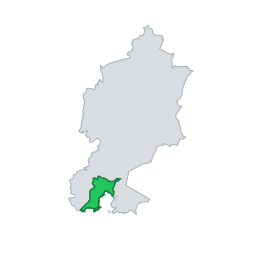 where Atyrau sits in Kazakhstan, rotated 304°
{"feature_id": "KAZ-3198", "entity_name": "Atyrau", "entity_type": "Region", "adm_level": 1, "iso_a3": "KAZ", "parent_name": "Kazakhstan", "parent_adm1": "", "projection": "albers", "projection_center": [51.054, 47.461], "detail": "fine", "context": "in_parent", "style": "filled", "palette": "green", "viewbox_px": 256, "rotation_deg": 304, "n_neighbors": 0, "source": "natural_earth", "source_scale": "10m", "svg_char_len": 7601}
<svg xmlns="http://www.w3.org/2000/svg" viewBox="0 0 256 256"><g transform="rotate(304 128 128)"><path d="M162.7,165.6L161.6,166.5L161.1,167.6L160.1,167.5L158.9,169.8L154.4,174.0L152.2,178.7L152.6,180.5L151.7,180.7L149.3,179.8L149.3,178.1L148.1,177.1L141.3,178.7L139.0,173.0L136.3,173.5L135.4,166.1L133.9,167.3L131.7,164.4L127.9,162.0L125.7,163.7L119.0,164.2L112.6,166.2L107.5,161.8L106.4,160.2L92.5,153.0L79.3,158.3L81.1,185.7L78.0,186.0L74.5,181.2L70.3,178.7L64.4,180.2L61.3,183.1L61.1,180.7L61.9,178.2L61.8,175.7L57.9,175.0L56.4,172.8L54.6,172.7L54.6,170.4L53.3,168.4L52.1,165.1L49.4,164.1L49.0,163.1L49.2,162.2L49.8,161.9L52.2,161.9L53.9,162.8L55.9,162.6L54.6,161.9L53.0,159.7L55.2,156.4L60.5,156.0L64.6,156.4L62.3,154.7L64.1,150.0L63.6,147.9L64.1,146.4L63.6,145.1L62.8,144.3L60.6,144.1L58.8,145.4L56.1,143.9L53.9,143.3L50.0,145.0L47.3,147.1L44.5,147.6L44.5,148.4L44.2,148.2L43.7,148.6L43.9,149.0L40.7,147.2L40.2,146.5L40.3,145.9L42.1,146.2L42.5,145.7L38.7,138.5L35.3,137.7L34.4,138.1L33.4,136.5L33.4,134.4L31.5,132.9L31.3,131.7L31.8,130.0L33.6,127.5L32.6,125.8L32.7,124.8L33.7,122.3L35.0,121.2L35.4,119.2L36.3,118.3L37.3,118.5L40.2,122.5L40.6,122.7L42.2,122.0L42.6,121.4L41.7,116.9L42.6,117.0L45.1,115.2L45.9,113.5L47.5,113.2L49.8,111.8L52.1,108.7L53.8,109.4L54.6,110.6L55.9,110.6L58.7,108.9L60.4,110.5L63.9,110.4L67.8,113.6L69.2,115.5L69.5,116.9L69.9,117.3L70.4,116.3L69.8,114.2L70.2,113.7L73.7,116.1L75.3,116.7L77.0,115.6L77.4,114.6L78.9,113.2L79.5,113.4L81.3,112.6L83.5,113.8L84.4,113.4L85.2,112.1L87.7,112.1L90.4,114.6L93.1,114.9L93.6,115.8L94.9,115.0L95.8,112.8L97.7,113.9L100.1,113.5L102.0,112.0L102.6,109.1L102.4,108.5L101.3,107.7L97.0,106.7L96.5,105.8L94.7,104.8L96.4,103.2L97.5,102.9L98.8,101.3L97.5,98.9L98.4,96.6L102.6,96.2L103.0,95.7L102.6,95.0L100.9,94.3L98.8,94.2L98.6,93.8L98.8,93.0L100.1,92.2L99.7,91.8L98.8,92.2L97.5,91.8L98.2,88.7L101.4,88.9L111.9,83.9L113.9,83.5L114.7,83.8L115.1,82.4L116.0,81.4L119.1,80.4L126.9,76.5L127.1,75.8L126.8,75.1L128.1,74.5L129.6,72.7L131.9,72.4L135.1,73.1L137.2,71.5L138.2,72.6L140.4,76.1L140.7,77.8L140.4,78.6L140.7,78.9L141.8,79.0L144.6,77.9L145.1,76.9L146.4,78.1L147.0,79.3L147.5,78.7L147.2,78.1L147.4,77.7L148.7,77.5L150.3,78.2L152.2,77.0L152.3,77.9L151.2,79.9L151.3,80.7L152.1,81.6L153.7,79.8L155.3,79.7L156.1,80.1L156.2,78.9L157.4,77.1L158.9,76.1L159.4,75.3L159.4,74.4L164.4,70.0L164.3,72.3L163.3,72.6L163.9,73.4L171.6,76.7L183.1,86.5L187.3,90.7L188.7,88.7L188.2,87.0L189.1,85.8L191.1,85.8L191.5,87.4L192.9,86.9L193.9,88.3L198.4,86.5L199.1,84.8L201.4,83.0L204.6,83.4L207.9,86.3L211.3,86.2L211.9,87.3L213.8,88.7L218.4,87.5L219.6,84.6L220.1,85.0L220.1,86.1L221.1,86.2L222.6,87.1L223.9,87.1L224.7,87.8L222.6,89.2L222.6,90.1L223.4,91.7L223.2,93.2L220.1,95.9L220.6,99.6L223.3,103.8L223.1,105.4L222.0,106.2L220.6,108.5L219.6,107.8L216.6,109.2L211.4,109.8L212.7,122.2L212.9,122.7L214.6,122.7L215.0,123.6L215.0,125.0L213.5,124.9L212.1,125.9L210.4,125.1L203.3,130.7L202.7,131.9L203.6,132.3L204.8,131.7L206.2,131.9L206.0,133.3L207.3,136.5L210.3,139.6L211.0,141.3L212.1,142.1L212.0,142.6L211.3,142.7L210.4,143.7L210.5,144.2L211.6,144.6L210.3,146.2L210.3,147.1L211.9,149.6L211.8,150.0L209.7,149.0L206.9,149.5L204.6,148.1L193.0,150.7L187.2,153.0L186.4,154.2L184.9,154.5L181.7,154.4L178.0,153.5L176.7,154.3L175.1,156.3L175.2,159.4L176.0,160.6L168.8,160.0L165.9,160.3L163.4,161.6L162.2,165.0L162.7,165.6ZM48.7,160.1L48.2,160.3L47.7,159.5L47.8,158.7L48.3,158.4L47.9,159.4L48.7,160.1ZM61.8,155.9L61.4,155.8L61.2,155.5L61.7,155.1L61.8,155.9Z" fill="#d9dde1" stroke="#a8b0b8" stroke-width="1"/><path d="M34.7,138.6L33.8,137.9L33.6,137.7L33.5,137.4L33.7,137.2L33.6,136.8L33.2,136.3L33.2,136.2L33.3,136.2L33.7,135.9L33.9,135.8L34.0,135.6L33.9,135.5L33.6,135.5L33.5,135.4L33.6,135.2L33.6,134.8L33.5,134.7L33.4,134.6L33.5,134.5L33.6,134.3L42.5,136.0L45.1,137.0L45.3,136.4L47.6,136.3L51.6,133.5L52.0,133.4L52.3,133.2L52.5,133.0L52.8,133.0L53.2,132.4L53.8,131.9L54.3,131.9L54.8,131.7L56.7,131.9L57.1,132.0L57.0,132.8L57.8,133.1L58.2,133.2L58.7,133.2L58.8,133.0L60.6,133.5L60.9,133.4L60.9,133.0L61.0,132.2L61.8,131.0L61.7,130.1L62.4,129.1L62.7,129.2L64.4,129.2L65.0,129.0L65.1,128.9L65.1,128.7L66.1,127.6L66.4,127.9L67.0,128.1L67.1,128.3L67.3,128.5L67.6,127.9L68.0,128.8L68.2,129.6L68.2,130.4L68.3,130.7L68.2,131.0L70.0,131.3L70.2,130.7L70.4,130.3L70.6,130.2L70.9,130.2L71.1,130.5L71.3,130.6L71.8,130.6L72.0,131.5L72.0,131.9L71.9,132.0L71.8,133.0L72.1,133.8L72.3,134.7L72.4,135.5L72.9,136.0L73.4,137.9L73.5,138.8L73.3,141.4L73.3,142.5L73.8,143.1L74.3,144.2L75.0,145.1L76.1,146.0L80.2,147.3L80.3,148.1L80.8,148.7L80.9,149.0L81.1,149.5L81.4,150.0L80.8,149.8L80.5,149.8L80.1,149.7L79.6,149.7L79.3,149.5L79.1,149.2L78.6,149.3L78.0,149.1L77.9,148.4L77.5,148.0L77.1,148.2L76.1,147.4L74.9,148.4L73.2,148.6L69.1,149.6L69.0,149.8L68.7,149.8L68.3,149.9L67.5,151.1L67.0,151.6L67.4,151.9L66.2,152.7L63.6,153.4L62.7,153.2L62.8,153.1L63.0,153.1L63.2,152.8L63.3,152.6L63.3,152.3L63.4,152.2L63.6,152.0L63.6,151.9L63.7,151.6L63.8,151.4L63.8,151.2L63.9,150.8L64.0,150.7L64.0,150.1L64.2,149.4L64.1,148.9L64.0,148.5L63.7,148.2L63.8,148.1L63.7,148.0L63.7,147.9L63.7,147.6L63.5,147.8L63.4,147.9L63.3,147.7L63.5,147.2L63.5,147.3L63.8,147.2L63.8,146.9L63.9,147.0L63.9,146.9L64.0,146.7L64.3,146.6L64.3,146.2L64.2,146.1L63.9,146.0L63.8,145.9L63.8,145.6L63.7,145.1L63.6,144.9L63.5,144.7L63.3,144.8L63.2,144.8L63.1,144.7L62.9,144.4L62.6,144.3L62.1,144.4L61.8,144.4L61.2,144.4L60.8,144.1L60.4,144.0L60.3,144.4L60.3,144.5L60.0,144.8L59.9,144.9L59.5,145.0L59.3,145.1L59.1,144.9L59.0,145.0L59.3,145.2L59.3,145.3L59.4,145.5L58.7,145.5L58.6,145.4L58.5,145.2L58.4,145.2L58.2,145.0L58.2,144.9L58.2,144.6L57.9,144.9L57.8,145.0L57.7,145.0L57.5,144.9L57.4,144.9L57.5,144.7L57.3,144.6L57.1,144.8L56.9,144.7L56.7,144.6L56.5,144.4L56.6,143.9L56.5,143.7L56.3,143.7L56.2,143.7L56.2,143.9L56.2,144.1L55.9,144.1L55.8,143.8L55.7,143.7L55.2,143.6L54.9,143.5L54.3,143.3L54.1,143.2L53.7,143.4L53.5,143.5L52.9,143.7L52.6,143.9L52.5,144.0L52.4,144.0L52.3,143.8L52.2,143.8L52.2,144.0L51.8,144.7L51.7,144.8L51.6,144.7L51.8,144.4L51.7,144.3L51.5,144.5L51.4,144.6L51.2,144.7L51.0,145.1L50.9,145.2L50.9,145.3L50.7,145.3L50.8,145.2L50.7,145.0L50.4,145.1L50.2,144.9L50.0,145.0L49.8,145.5L49.8,145.2L49.7,145.3L49.6,145.5L49.4,145.6L49.2,146.0L49.0,145.9L48.9,145.9L48.7,146.0L48.3,146.5L48.1,146.7L48.0,146.8L47.9,146.9L47.7,146.8L47.5,147.1L47.3,147.1L47.2,147.2L47.0,147.3L46.9,147.4L46.9,147.5L46.7,147.3L46.6,147.5L46.4,147.4L46.3,147.6L46.0,147.2L45.9,147.2L45.9,147.3L45.9,147.7L45.7,147.7L45.7,147.8L45.6,147.6L45.3,147.4L45.2,147.3L45.1,147.2L45.1,147.3L45.2,147.5L45.3,147.7L45.3,147.8L45.2,147.8L45.1,147.7L45.0,147.4L44.9,147.4L44.9,147.5L44.7,147.4L44.4,147.3L44.3,147.1L44.3,147.3L44.6,147.7L44.7,147.9L44.4,147.9L44.3,147.7L44.2,147.6L44.2,147.9L44.3,148.0L44.6,148.3L44.6,148.5L44.4,148.4L44.1,148.0L43.8,148.0L44.0,148.1L44.0,148.3L44.2,148.5L43.6,148.4L43.6,148.5L43.8,148.6L43.8,148.8L43.8,149.0L42.8,148.4L42.5,148.1L42.3,147.9L42.2,147.8L41.9,147.9L41.5,147.6L41.3,147.4L41.2,147.3L41.0,147.2L40.5,147.2L40.3,147.1L40.5,147.0L40.4,146.9L40.4,146.7L40.1,146.5L39.9,146.4L40.1,146.3L40.2,145.9L40.5,145.7L40.8,145.6L41.1,145.7L41.2,145.8L41.3,146.0L41.4,146.3L41.5,146.3L42.3,146.2L42.5,146.1L42.8,145.7L41.3,143.2L40.6,141.1L40.5,140.8L40.4,140.8L40.2,140.8L40.0,140.7L39.9,140.6L39.7,140.2L38.8,138.5L38.5,138.2L38.1,138.1L36.2,138.0L35.1,137.5L35.0,137.4L34.9,137.5L34.8,138.1L34.8,138.4L34.7,138.5L34.7,138.6ZM46.9,149.2L47.0,149.4L47.0,149.6L46.9,149.9L46.8,150.0L46.7,149.9L46.6,149.7L46.4,149.0L46.4,148.9L46.5,148.9L46.8,149.0L46.9,149.2Z" fill="#22c55e" stroke="#15803d" stroke-width="1.5"/></g></svg>